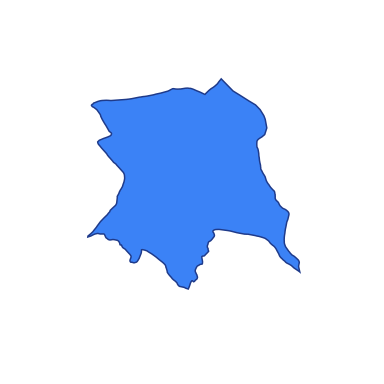 Elabered, Anseba, Eritrea (Natural Earth projection), rotated 46°
{"feature_id": "51966322B85305974839952", "entity_name": "Elabered", "entity_type": "district", "adm_level": 2, "iso_a3": "ERI", "parent_name": "Eritrea", "parent_adm1": "Anseba", "projection": "natural_earth1", "projection_center": [38.593, 15.68], "detail": "fine", "context": "isolated", "style": "filled", "palette": "blue", "viewbox_px": 384, "rotation_deg": 46, "n_neighbors": 0, "source": "geoboundaries", "source_scale": "gbopen_adm2", "svg_char_len": 6090}
<svg xmlns="http://www.w3.org/2000/svg" viewBox="0 0 384 384"><g transform="rotate(46 192 192)"><path d="M324.4,170.0L323.7,169.6L322.9,169.1L319.8,167.2L318.9,166.2L317.4,164.0L317.0,163.6L316.0,163.1L314.8,162.8L314.3,162.8L312.0,162.9L310.5,163.0L308.9,163.2L306.9,163.8L305.8,163.8L304.2,163.8L303.0,163.6L301.9,163.6L298.8,163.1L297.4,162.9L296.3,162.7L294.5,161.9L293.6,161.5L292.7,160.9L292.3,160.6L291.4,159.7L290.3,158.8L289.5,157.9L288.7,157.1L287.3,155.4L286.2,153.9L284.8,152.2L283.5,150.5L282.3,148.7L279.4,144.6L278.4,142.3L276.1,138.7L275.4,137.7L274.8,137.2L274.2,136.9L273.5,136.7L272.7,136.6L271.0,136.7L269.8,136.9L268.8,137.2L267.6,137.7L266.5,138.1L264.1,138.2L263.2,138.2L262.5,138.1L261.1,137.7L260.1,137.3L258.9,137.1L258.2,137.1L257.4,137.2L256.7,137.2L255.6,137.1L255.1,136.9L254.1,136.4L253.5,135.7L251.5,133.9L250.7,133.5L249.5,132.6L248.7,132.3L248.0,132.2L246.4,132.3L243.2,132.2L241.9,132.0L240.0,131.6L238.6,131.5L236.1,130.9L234.9,130.4L231.8,128.8L229.8,128.3L229.1,128.2L228.2,128.0L227.1,127.7L224.6,126.9L223.7,126.8L222.8,126.2L222.3,125.7L221.2,124.9L220.3,124.1L217.9,122.7L216.0,121.4L214.0,119.8L212.9,119.1L212.0,118.4L210.5,117.1L208.9,116.0L207.7,115.2L206.8,114.7L206.3,114.5L204.7,114.0L202.5,112.1L201.2,110.7L200.7,110.2L200.5,109.7L200.3,109.1L200.2,108.5L200.1,108.0L200.2,107.1L200.3,106.3L200.6,104.8L200.9,103.6L201.2,99.8L197.9,93.7L190.5,88.8L187.0,87.3L180.1,85.8L173.5,85.8L166.1,87.8L155.7,90.3L147.9,92.3L130.9,92.4L131.1,93.8L131.2,94.9L131.4,96.5L131.8,98.4L131.8,99.5L131.7,101.9L131.5,103.9L130.9,106.7L130.7,109.2L130.7,112.9L130.8,114.9L129.3,115.5L125.8,116.8L122.2,118.4L119.2,119.6L117.4,120.5L116.3,121.2L115.5,122.0L114.4,122.8L112.8,124.6L111.2,126.9L110.1,128.5L107.7,131.2L106.2,132.5L105.1,133.3L104.6,133.8L104.2,134.3L104.0,135.0L103.6,136.2L103.1,138.1L102.8,139.0L102.4,139.8L100.6,143.1L99.2,145.7L96.5,150.0L95.4,152.1L93.8,154.6L91.6,158.0L90.2,159.9L89.3,161.0L88.2,162.7L87.2,164.0L82.9,170.7L81.4,172.8L79.8,174.9L69.9,186.8L68.1,188.4L66.5,189.9L65.2,191.4L63.9,192.9L62.9,194.2L62.2,195.4L61.5,196.7L61.2,197.4L60.2,199.9L59.8,200.7L59.7,201.1L59.8,201.9L59.9,202.3L59.6,203.1L59.7,204.0L59.9,204.2L61.1,204.4L61.8,204.3L62.7,203.9L63.8,203.7L64.4,203.6L66.7,203.3L69.6,203.7L72.7,204.2L74.5,205.2L75.2,205.4L76.6,205.9L79.2,206.6L82.5,207.4L83.8,207.6L86.6,208.3L89.3,209.0L90.2,209.3L91.0,209.4L92.9,209.1L93.7,209.1L94.3,209.5L94.6,210.2L94.9,210.9L94.8,211.8L94.0,214.1L93.0,216.4L92.1,218.3L91.0,221.2L90.4,222.7L90.4,224.0L90.4,225.0L91.0,225.5L91.9,225.9L92.9,226.2L94.1,226.2L97.5,226.5L105.2,226.8L106.9,227.2L109.2,227.4L110.7,227.4L112.1,227.5L114.4,227.6L116.2,227.8L117.8,227.5L119.2,227.3L120.7,227.5L122.6,227.5L123.6,227.6L124.0,227.5L125.0,227.6L127.6,227.7L130.3,227.8L131.3,228.1L132.3,228.5L133.2,229.1L135.0,230.6L135.5,231.1L135.9,231.6L137.3,233.6L138.1,235.1L138.5,236.0L139.8,238.3L140.5,240.7L140.8,242.1L141.5,244.2L142.3,245.8L143.2,248.8L144.2,249.7L145.6,251.4L147.1,253.2L147.9,254.3L148.5,256.1L148.4,260.6L148.4,263.5L149.1,265.1L149.2,267.0L149.5,268.6L149.5,272.9L149.7,278.4L150.5,283.2L151.0,285.6L151.3,288.3L151.7,290.9L151.7,293.6L151.4,297.4L152.0,298.2L153.4,295.3L154.1,292.9L154.7,291.2L155.9,289.2L156.4,288.5L158.3,287.3L160.7,284.8L160.9,284.6L161.3,284.5L161.7,284.5L162.8,284.8L164.3,285.4L165.1,285.6L165.6,285.6L166.4,285.4L167.4,285.3L167.8,285.3L168.7,284.9L169.2,284.6L169.5,284.3L170.1,283.6L170.6,282.8L171.0,282.2L171.7,281.5L172.3,281.0L174.7,279.4L175.1,279.2L176.0,279.0L176.3,279.0L177.6,279.2L178.1,279.4L178.6,279.6L179.9,280.4L180.2,280.4L180.4,280.3L180.7,279.8L181.0,279.6L181.3,279.6L182.7,280.2L183.2,280.3L184.0,280.4L185.6,280.1L186.7,279.8L187.1,279.8L188.6,279.9L192.4,280.0L193.7,280.0L195.1,280.2L195.4,280.3L195.9,280.5L196.4,281.0L196.8,281.6L197.7,283.5L198.1,284.1L198.3,284.3L198.7,284.6L199.1,284.8L199.7,284.8L200.0,284.8L200.8,284.0L202.3,283.2L202.6,282.9L202.9,282.6L203.2,282.0L203.8,280.8L203.9,280.4L203.9,279.7L203.7,278.6L203.3,277.1L203.1,276.3L201.1,271.9L200.5,270.7L199.4,269.4L198.5,268.4L198.9,267.8L199.4,267.4L200.6,266.6L203.0,265.3L204.6,265.0L208.4,264.0L211.0,263.5L213.9,263.0L217.8,262.6L222.1,262.0L223.7,261.9L225.2,261.9L226.0,262.0L226.9,262.3L228.3,263.2L228.7,263.3L229.0,263.3L229.3,263.6L231.3,264.6L232.7,265.6L234.5,265.9L236.1,266.1L239.0,266.2L240.7,266.4L242.5,266.3L244.2,266.0L246.7,265.9L248.4,266.5L249.7,266.7L251.1,266.6L255.3,263.8L256.7,263.4L258.8,262.3L259.2,262.1L258.3,259.9L257.1,257.6L256.4,256.3L256.1,255.5L255.8,254.4L255.8,253.7L256.1,253.4L257.1,253.3L257.5,253.1L257.8,253.1L258.0,252.2L257.8,250.8L258.0,249.0L257.8,248.4L257.3,247.5L257.1,247.2L255.9,246.6L255.1,246.1L254.2,245.9L253.2,245.5L252.2,245.2L251.4,244.8L251.1,244.6L250.8,244.3L250.5,243.9L250.2,243.4L249.7,242.2L249.3,241.1L249.0,240.0L249.0,239.3L249.1,238.9L249.4,238.3L249.5,237.9L249.5,237.0L249.7,236.6L250.7,235.0L250.9,234.6L250.3,233.7L249.7,233.1L249.2,232.6L246.3,230.7L245.6,230.1L245.3,229.8L245.3,229.6L245.4,229.2L245.5,228.9L246.4,227.7L246.5,227.2L246.4,225.5L246.4,224.0L246.4,223.7L246.3,223.1L246.3,221.7L246.2,221.2L245.9,221.0L244.8,220.6L243.8,219.7L243.5,219.6L242.8,219.5L242.4,219.3L241.8,218.8L241.4,218.4L241.1,217.9L240.8,217.1L239.7,215.4L239.6,215.1L239.5,214.8L239.5,214.4L240.0,212.5L240.0,211.7L239.9,210.2L239.6,208.3L239.5,207.4L239.3,206.8L239.1,206.4L238.8,206.0L238.4,205.7L236.8,204.9L235.5,204.7L235.1,204.5L234.9,204.3L234.6,203.9L234.5,203.6L234.7,202.5L235.1,201.5L235.9,200.5L237.6,198.6L239.2,197.3L244.9,192.8L246.7,191.5L252.4,188.0L258.6,183.6L260.1,182.2L261.3,181.0L267.4,176.7L268.6,176.0L270.4,174.7L272.3,173.6L274.1,172.6L276.1,171.6L279.9,170.9L281.1,170.9L283.0,171.2L284.1,171.2L286.3,171.0L287.2,170.8L288.6,170.7L289.7,170.8L291.1,171.0L294.2,171.9L295.3,172.2L296.5,172.5L298.8,173.4L299.9,173.6L301.4,173.7L302.1,173.6L304.0,173.6L306.3,173.3L307.6,173.4L309.2,173.1L309.9,172.8L310.8,172.5L311.9,172.1L312.8,171.9L313.9,171.6L317.5,171.4L320.7,170.7L323.0,170.2L324.4,170.0Z" fill="#3b82f6" stroke="#1e3a8a" stroke-width="1.5"/></g></svg>